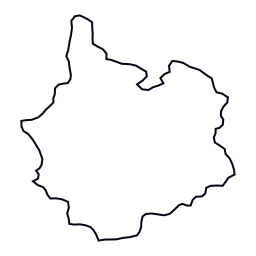 outline of São Francisco do Glória, Minas Gerais, Brazil
{"feature_id": "56859067B91549743589914", "entity_name": "São Francisco do Glória", "entity_type": "district", "adm_level": 2, "iso_a3": "BRA", "parent_name": "Brazil", "parent_adm1": "Minas Gerais", "projection": "mercator", "projection_center": [-42.282, -20.783], "detail": "fine", "context": "isolated", "style": "outline", "palette": "ink", "viewbox_px": 256, "rotation_deg": 0, "n_neighbors": 0, "source": "geoboundaries", "source_scale": "gbopen_adm2", "svg_char_len": 1833}
<svg xmlns="http://www.w3.org/2000/svg" viewBox="0 0 256 256"><path d="M172.3,60.9L169.0,65.8L169.7,71.9L164.6,74.0L160.4,78.1L163.4,83.3L158.3,85.6L153.3,87.1L148.5,90.0L142.1,89.3L137.1,84.4L142.8,80.4L146.8,76.4L146.1,71.6L141.1,68.7L135.9,65.6L130.3,64.3L126.3,64.0L121.9,63.8L115.7,61.5L110.3,59.7L106.4,59.1L106.5,53.7L103.0,49.4L97.9,46.7L92.9,43.8L92.5,38.7L92.7,34.0L92.3,29.1L92.1,22.3L88.1,19.5L84.1,17.4L79.7,15.4L74.9,16.3L71.3,21.0L72.0,27.7L71.1,34.5L69.7,41.1L68.2,50.1L66.3,56.2L68.8,61.5L69.9,69.6L70.9,75.0L70.3,79.5L67.6,83.1L63.3,83.6L58.7,84.6L55.0,88.3L54.8,94.2L53.3,98.3L53.4,102.5L49.5,106.4L45.8,109.7L42.8,113.5L38.2,117.4L31.7,119.8L25.8,120.2L21.4,120.9L21.5,126.5L23.5,131.1L28.2,134.0L32.6,139.4L36.1,145.1L39.3,150.3L42.4,159.0L41.6,164.7L39.6,168.2L36.1,170.7L38.7,174.3L38.0,178.6L33.0,181.3L37.8,185.1L43.2,187.2L45.8,190.5L47.4,194.7L50.4,198.5L56.1,198.3L62.3,199.4L68.1,201.9L68.8,207.7L67.2,213.5L68.6,218.4L69.4,223.9L74.1,224.6L79.7,224.3L85.6,225.3L90.4,227.0L93.4,230.0L96.1,234.4L98.6,240.6L104.2,239.6L110.7,239.5L116.6,239.3L123.1,237.9L130.2,237.1L137.0,235.3L139.7,231.5L141.1,227.2L141.4,221.7L142.6,216.3L146.0,214.0L151.4,213.5L157.1,214.2L163.8,215.3L169.4,214.0L172.6,211.3L175.9,208.2L178.9,205.2L182.6,203.9L186.6,205.5L190.6,205.5L192.7,199.9L196.0,196.8L202.1,196.3L205.3,193.5L206.2,187.9L210.3,185.9L216.6,185.5L222.7,185.8L225.8,181.5L228.5,177.7L234.6,174.5L234.0,169.8L232.5,164.6L229.8,158.6L225.6,154.0L224.8,149.2L220.6,146.1L214.9,142.5L213.8,137.5L215.5,133.5L215.7,128.8L219.5,127.9L222.8,124.7L223.3,119.5L220.9,116.0L221.0,111.5L223.3,106.8L227.2,102.6L227.9,97.4L222.1,93.6L216.5,92.3L214.1,87.5L212.9,82.6L211.7,78.4L207.8,75.9L203.2,72.7L199.6,70.0L195.0,68.4L189.5,66.7L183.3,62.9L177.4,61.5L172.3,60.9Z" fill="none" stroke="#020617" stroke-width="2"/></svg>